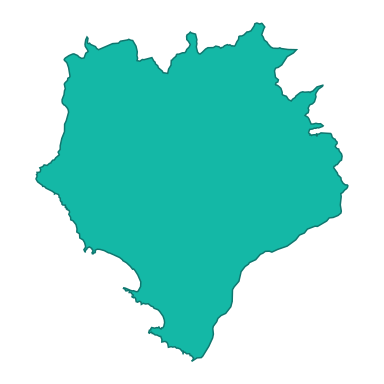 Nasca, Ica, Peru
{"feature_id": "86281439B61745843991716", "entity_name": "Nasca", "entity_type": "district", "adm_level": 2, "iso_a3": "PER", "parent_name": "Peru", "parent_adm1": "Ica", "projection": "albers", "projection_center": [-75.123, -14.994], "detail": "fine", "context": "isolated", "style": "filled", "palette": "teal", "viewbox_px": 384, "rotation_deg": 0, "n_neighbors": 0, "source": "geoboundaries", "source_scale": "gbopen_adm2", "svg_char_len": 5818}
<svg xmlns="http://www.w3.org/2000/svg" viewBox="0 0 384 384"><path d="M304.4,233.0L307.4,229.1L315.0,226.2L317.5,226.4L326.7,221.0L329.2,217.9L333.1,217.5L338.0,215.5L340.9,213.1L341.3,211.2L340.3,204.9L341.2,196.6L340.8,193.6L342.7,192.5L344.6,190.1L346.4,188.8L347.4,187.6L347.9,185.8L347.4,185.0L345.2,184.8L343.1,183.2L341.2,180.2L340.9,177.7L337.9,174.9L337.3,172.9L333.7,167.8L334.0,166.4L335.0,166.0L336.0,164.9L337.3,164.5L339.8,161.2L341.5,160.1L342.1,156.2L341.5,153.9L339.2,150.9L338.7,149.0L336.9,148.5L335.3,146.6L335.9,144.8L337.1,143.6L337.1,142.0L335.6,140.5L335.1,139.2L333.6,138.6L332.2,137.2L331.4,134.4L330.7,133.5L320.9,132.9L319.2,134.0L317.9,134.1L316.6,136.6L317.2,134.7L316.3,133.3L316.8,135.0L314.5,134.7L312.6,134.9L311.6,135.5L311.1,134.9L310.1,135.1L310.0,134.0L309.1,133.5L308.6,132.3L309.7,129.4L312.7,129.0L314.1,128.2L315.9,128.3L317.0,127.7L318.7,127.9L322.7,126.4L323.2,125.8L320.6,123.7L318.2,123.8L315.9,123.3L313.2,124.0L311.1,124.0L308.8,118.6L307.8,117.2L305.0,115.5L306.5,113.6L308.2,112.7L308.8,109.9L308.1,108.2L309.4,105.5L310.2,104.6L312.5,103.8L314.5,101.7L316.0,96.8L315.5,94.6L316.1,92.7L318.5,89.1L322.1,86.6L322.9,85.7L322.8,85.2L317.0,86.9L312.7,91.2L311.1,91.6L310.1,92.5L309.1,91.9L304.7,92.2L302.7,91.8L300.4,92.5L295.9,96.0L295.2,97.5L292.7,99.1L291.2,101.0L288.5,99.6L286.4,96.3L283.0,95.1L282.2,94.2L282.2,92.2L280.9,88.3L278.4,86.0L276.7,85.0L275.9,85.0L275.5,84.4L276.1,82.7L277.8,82.0L278.4,79.8L275.5,77.4L274.5,70.9L275.3,68.7L275.9,68.0L278.2,67.4L281.8,64.9L287.2,56.6L293.4,53.0L296.5,49.7L288.1,49.5L281.1,48.5L279.9,47.8L278.2,48.4L273.0,48.2L270.7,46.9L268.0,43.9L267.1,42.2L264.3,40.0L263.2,37.0L261.7,34.8L263.9,28.5L264.8,27.0L262.1,23.5L261.6,23.3L259.7,24.0L256.9,23.0L254.9,23.7L254.2,25.9L251.0,30.8L248.3,31.9L247.0,31.9L243.8,35.0L241.7,36.0L240.0,36.0L238.9,36.5L238.5,39.4L236.9,41.7L235.2,45.4L234.4,46.2L232.6,45.8L231.9,46.1L229.9,44.8L228.8,45.3L227.4,44.6L224.5,45.8L222.9,47.3L221.7,47.5L220.8,48.2L219.0,46.8L215.8,46.1L213.3,47.6L207.9,47.7L205.5,49.1L202.2,52.4L200.1,54.0L199.1,53.8L197.6,52.2L196.6,48.3L196.3,46.6L196.9,43.7L196.5,41.6L196.9,39.8L195.5,34.1L191.2,32.9L190.3,32.1L188.9,33.7L187.1,34.8L186.6,36.3L186.8,39.6L188.5,41.4L190.3,44.6L189.1,47.1L186.7,49.5L185.9,51.5L184.8,52.7L182.4,52.8L179.1,54.1L177.0,54.2L176.2,55.2L176.1,56.2L173.1,58.7L172.5,59.8L171.3,60.3L171.0,65.2L168.6,69.1L167.7,73.4L163.1,72.7L162.3,71.1L158.4,67.8L157.7,65.7L155.5,63.9L155.0,62.1L153.8,61.1L151.9,57.6L144.0,59.7L142.3,59.5L139.8,61.2L137.0,60.6L137.6,58.1L136.9,55.7L137.3,51.8L136.0,46.2L132.7,40.5L130.7,40.2L128.8,39.3L127.7,39.9L120.4,41.2L118.5,43.2L112.6,43.6L98.5,49.7L96.7,48.5L95.5,46.6L90.6,44.4L89.6,43.2L88.4,43.6L87.6,43.2L87.4,42.5L88.0,38.3L87.0,37.0L85.7,39.8L85.0,44.3L85.3,46.4L87.7,50.2L88.1,51.6L85.8,53.2L84.1,57.9L81.7,58.4L79.0,57.0L77.6,55.5L74.0,53.9L72.7,54.0L69.0,55.6L65.3,58.0L64.2,59.4L64.4,60.3L66.7,62.5L67.3,63.8L68.6,67.7L70.0,76.2L69.5,77.4L67.8,78.3L67.5,80.4L65.1,82.7L64.3,84.1L65.3,88.9L64.5,90.6L64.0,94.7L62.1,99.6L62.1,101.7L62.4,103.1L63.9,104.9L64.9,105.3L67.0,107.6L68.1,109.5L68.6,112.2L66.2,120.9L64.6,124.2L64.5,131.7L61.8,138.4L60.2,145.7L60.2,149.4L58.1,152.1L59.3,154.8L55.7,157.8L54.4,159.9L52.7,160.2L51.2,162.0L50.9,162.9L49.4,163.4L47.2,165.4L44.1,164.9L42.8,166.6L39.8,167.8L40.7,169.5L40.3,171.6L39.6,172.2L37.0,172.4L37.4,173.4L36.5,174.7L37.1,175.3L36.9,177.1L36.1,178.3L36.1,179.2L37.7,181.9L42.2,185.2L42.7,186.4L43.8,186.3L45.3,187.2L45.9,188.1L52.0,191.1L54.5,192.8L54.5,194.0L55.7,193.4L58.5,194.5L59.1,195.9L59.1,197.3L60.3,198.2L60.3,200.4L61.1,201.8L61.8,202.0L62.0,204.3L62.8,205.0L65.4,205.2L65.3,206.4L65.9,207.0L65.5,207.5L66.3,207.8L66.5,208.9L67.2,208.7L67.2,209.6L69.1,210.5L69.6,212.1L68.8,214.3L70.6,217.3L70.7,219.8L72.9,220.7L76.0,224.6L77.0,228.8L76.8,232.0L79.5,233.8L79.8,238.0L82.9,239.8L84.5,242.4L85.5,246.0L85.5,247.3L83.9,249.6L84.8,251.7L85.3,251.8L85.3,250.6L86.8,249.2L87.2,248.1L89.4,246.9L91.8,248.5L92.1,249.5L92.9,250.1L92.9,251.4L92.0,252.7L92.4,253.8L93.2,253.8L94.0,252.8L94.9,252.8L95.4,252.0L95.1,250.3L97.3,249.2L100.0,249.4L104.3,250.6L108.4,252.8L109.7,253.0L119.6,257.5L122.5,259.8L122.8,260.6L126.4,262.7L130.3,266.3L132.6,269.2L133.6,268.9L135.0,270.5L137.8,274.9L140.8,281.9L140.6,286.6L138.4,290.6L137.7,291.5L136.3,291.7L133.5,290.7L132.5,290.9L130.6,290.4L125.5,288.2L123.8,287.8L123.5,288.5L124.8,289.0L125.7,290.8L126.8,290.9L129.1,290.2L129.5,291.7L129.2,292.5L131.3,292.6L131.7,293.7L133.3,295.0L132.9,296.3L132.0,296.3L132.1,297.0L133.7,297.8L134.7,297.4L135.6,298.5L136.2,301.7L137.8,302.2L138.3,301.6L139.8,301.3L141.1,302.3L141.3,304.4L143.2,303.3L145.6,304.0L148.2,303.7L151.1,306.1L153.0,306.7L154.1,308.3L157.8,309.6L159.6,311.3L163.1,316.3L164.3,320.0L164.6,322.7L163.8,326.3L162.7,327.9L161.6,327.9L161.0,329.0L159.6,328.2L158.9,327.0L157.9,327.8L156.6,327.6L154.6,328.2L151.7,327.5L150.8,328.8L150.8,329.8L149.4,330.2L148.7,332.7L149.4,333.2L150.4,332.4L151.6,332.2L152.2,333.5L153.0,333.4L155.1,334.9L156.9,335.0L159.6,336.4L160.7,336.4L161.9,339.5L161.8,342.0L165.0,341.4L166.8,342.3L167.8,344.0L168.4,347.3L171.1,346.6L172.6,347.1L175.0,346.8L176.5,348.1L178.0,348.1L180.3,349.1L181.9,351.1L183.2,351.1L183.5,351.8L182.8,352.8L183.1,353.5L183.6,352.5L184.9,352.2L186.5,353.7L189.6,353.7L190.2,355.6L191.3,355.5L193.5,358.0L192.7,360.2L192.0,360.6L192.2,361.0L197.1,357.9L201.3,357.6L202.8,356.1L208.8,346.3L212.6,338.0L213.4,334.1L212.8,328.6L213.3,326.3L216.7,321.7L217.9,318.4L221.1,315.5L225.7,313.4L230.8,306.8L232.2,301.4L232.5,289.7L234.2,286.8L238.9,281.3L241.1,271.7L245.0,266.6L248.4,264.2L249.4,262.6L255.7,259.7L260.3,254.3L262.9,253.2L265.2,251.4L269.3,251.2L271.9,252.1L277.7,249.4L287.2,246.1L295.8,239.8L299.4,235.1L304.4,233.0Z" fill="#14b8a6" stroke="#0f766e" stroke-width="1.5"/></svg>